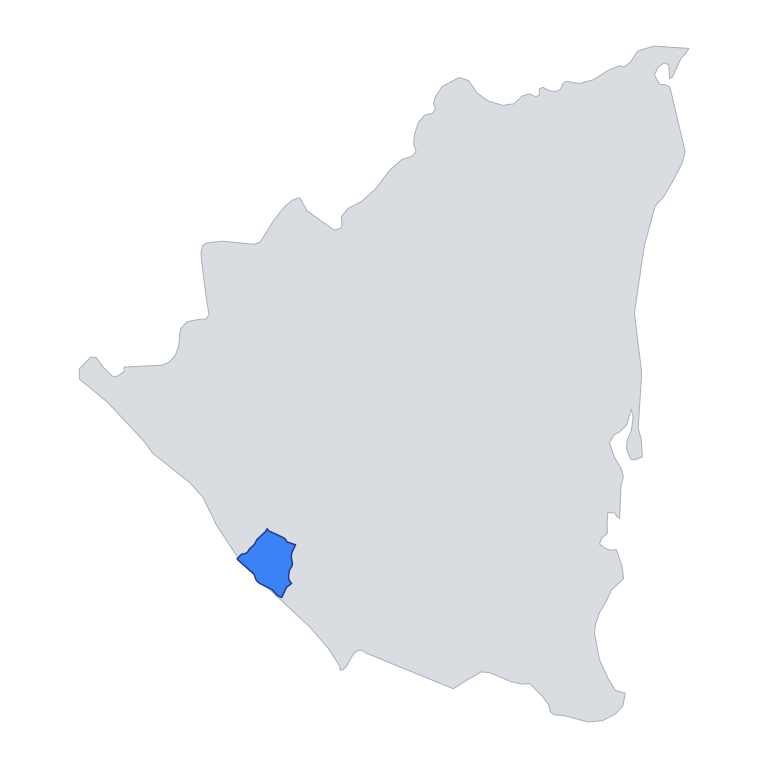 location of Carazo within Nicaragua
{"feature_id": "NIC-654", "entity_name": "Carazo", "entity_type": "Department", "adm_level": 1, "iso_a3": "NIC", "parent_name": "Nicaragua", "parent_adm1": "", "projection": "natural_earth1", "projection_center": [-86.252, 11.738], "detail": "fine", "context": "in_parent", "style": "filled", "palette": "blue", "viewbox_px": 768, "rotation_deg": 0, "n_neighbors": 0, "source": "natural_earth", "source_scale": "10m", "svg_char_len": 2852}
<svg xmlns="http://www.w3.org/2000/svg" viewBox="0 0 768 768"><path d="M688.9,48.5L685.1,54.3L681.0,58.1L672.5,77.0L669.5,78.7L668.8,64.7L663.7,62.9L657.7,67.8L654.4,75.0L659.7,84.4L664.3,84.5L669.9,87.1L685.2,151.8L682.0,163.3L672.7,181.3L663.8,196.6L655.0,206.2L644.1,246.9L634.4,313.2L641.7,372.7L638.2,427.7L641.4,440.7L642.4,456.9L635.0,459.8L630.9,459.3L626.6,449.3L627.1,440.6L631.4,430.4L633.2,416.5L631.1,409.2L626.8,425.1L619.2,432.1L614.2,434.6L609.4,442.6L614.6,457.7L621.2,468.7L623.4,476.6L621.0,486.0L619.6,518.1L617.2,517.2L614.8,512.9L607.8,512.6L607.0,525.6L607.6,532.8L601.6,538.4L599.5,544.0L604.4,547.9L609.8,550.2L616.4,549.7L621.9,565.6L623.6,578.6L611.0,590.5L606.7,600.4L599.6,612.4L595.6,624.2L594.4,632.7L599.4,659.5L608.1,678.5L615.4,690.5L625.2,693.2L622.9,705.9L615.6,713.9L602.3,720.7L587.7,721.9L563.6,715.5L553.8,714.8L550.0,711.4L548.9,705.2L542.0,695.8L529.4,683.3L522.1,684.1L510.3,681.4L490.6,672.9L481.5,671.8L468.4,679.2L453.3,688.7L416.7,673.8L391.0,663.3L367.9,653.8L361.7,650.1L356.6,650.9L352.3,655.9L347.3,664.7L345.6,667.2L343.0,669.6L340.0,670.3L339.8,666.1L328.5,648.7L310.5,627.7L241.7,563.4L216.4,524.9L202.9,497.2L190.0,482.8L152.8,453.3L144.3,441.6L107.5,402.2L79.5,379.1L79.1,369.3L90.7,357.0L96.3,357.5L102.4,366.3L112.4,376.3L117.1,376.4L124.0,371.7L124.2,367.1L161.8,365.2L168.6,362.6L175.4,355.3L178.9,345.2L179.5,335.4L180.9,328.5L187.0,321.7L198.0,319.6L206.5,318.8L209.0,314.3L206.5,299.4L201.9,263.3L201.0,253.3L202.5,245.8L206.0,243.0L222.7,241.2L254.2,244.3L260.3,242.0L273.0,221.5L284.7,206.5L293.1,199.7L299.7,197.7L307.4,211.1L334.0,230.2L338.5,229.0L341.2,228.0L342.0,225.2L341.5,216.4L348.2,208.4L362.0,201.2L375.9,188.4L389.8,170.2L401.9,159.5L412.1,156.3L416.0,151.3L413.6,144.5L414.4,134.9L418.4,122.5L424.4,115.3L432.2,113.4L435.3,109.5L433.6,103.6L435.2,97.1L442.2,86.5L459.0,77.5L468.6,80.5L476.7,92.7L488.0,101.0L502.7,105.4L514.0,103.8L522.1,96.1L529.4,93.8L535.8,96.8L539.2,95.1L539.6,88.7L542.9,87.3L549.3,90.7L554.9,91.6L559.8,89.9L561.7,86.8L562.7,83.6L566.3,81.2L579.0,83.6L593.1,79.9L608.8,70.1L619.2,65.8L624.4,66.9L630.6,62.0L637.7,51.0L654.1,46.1L688.9,48.5Z" fill="#d9dde1" stroke="#a8b0b8" stroke-width="1"/><path d="M281.5,598.0L281.4,597.5L277.2,595.3L272.1,589.7L259.7,583.4L257.5,581.7L255.7,579.2L254.2,574.2L238.0,560.0L237.2,558.9L240.6,555.1L241.9,554.1L243.0,554.1L243.8,553.9L245.4,553.5L246.1,553.2L246.6,552.9L248.3,551.0L249.7,548.6L253.4,545.5L254.4,544.4L257.0,539.5L265.5,531.6L267.1,528.8L268.6,530.8L281.0,536.5L285.0,538.7L286.7,541.5L287.1,541.9L294.3,544.4L295.4,544.7L294.8,546.4L292.0,552.2L291.2,556.2L291.7,560.0L292.3,562.7L292.3,564.6L292.0,566.0L290.4,568.5L289.1,571.4L288.6,576.3L288.7,578.6L289.1,580.0L291.5,583.5L286.7,587.1L286.3,587.8L285.4,589.7L281.5,597.9L281.5,598.0Z" fill="#3b82f6" stroke="#1e3a8a" stroke-width="1.5"/></svg>